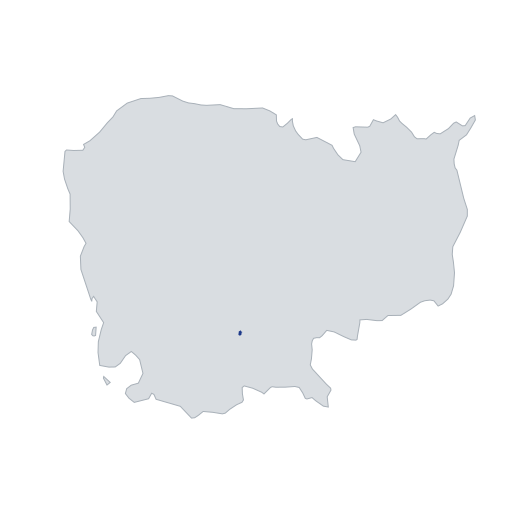 Tuol Kouk, Phnom Penh, Cambodia shown in context, rotated 8°
{"feature_id": "14789045B87565610199894", "entity_name": "Tuol Kouk", "entity_type": "district", "adm_level": 2, "iso_a3": "KHM", "parent_name": "Cambodia", "parent_adm1": "Phnom Penh", "projection": "mercator", "projection_center": [104.898, 11.57], "detail": "fine", "context": "in_parent", "style": "filled", "palette": "blue", "viewbox_px": 512, "rotation_deg": 8, "n_neighbors": 0, "source": "geoboundaries", "source_scale": "gbopen_adm2", "svg_char_len": 3256}
<svg xmlns="http://www.w3.org/2000/svg" viewBox="0 0 512 512"><g transform="rotate(8 256 256)"><path d="M453.0,86.5L454.3,90.8L451.0,99.1L447.6,106.7L441.1,113.2L440.8,118.1L438.5,132.5L439.4,137.1L440.9,141.0L443.0,143.1L448.6,157.2L453.7,170.0L458.8,180.5L459.7,187.1L455.0,204.0L449.6,219.4L450.1,227.1L452.4,234.8L454.9,245.0L455.8,258.1L454.5,266.7L452.0,272.0L447.4,277.4L443.3,280.2L438.4,275.6L434.6,275.4L429.4,276.8L425.3,278.9L416.9,286.9L407.7,294.6L394.9,296.6L389.9,302.4L384.6,303.2L374.4,303.4L367.8,304.8L368.1,307.7L367.6,321.3L367.7,324.5L366.7,325.4L362.1,325.8L354.4,323.7L343.9,320.3L336.4,319.8L332.6,325.7L330.3,328.1L327.5,328.4L324.5,329.5L323.5,332.1L323.3,335.4L324.7,341.1L325.2,350.1L324.9,356.3L327.6,360.1L343.6,373.2L348.3,376.5L348.9,378.4L346.1,385.5L348.6,395.5L343.6,395.3L335.2,391.0L331.2,388.4L326.3,390.5L324.6,390.1L321.4,385.2L317.1,380.2L312.7,379.8L303.3,381.8L293.8,383.2L290.2,383.2L288.7,384.1L283.1,391.5L280.8,390.2L271.2,387.4L262.4,386.3L260.6,388.2L261.7,394.3L263.6,400.3L262.5,402.8L257.6,405.9L251.3,411.5L247.4,415.9L244.7,417.0L235.0,416.8L225.3,417.3L221.4,421.5L217.8,424.7L214.7,425.5L202.0,415.4L177.0,411.8L174.2,407.3L171.8,406.4L169.5,412.3L155.8,417.9L150.0,414.5L145.8,410.4L146.4,405.4L150.4,401.3L157.2,398.3L160.4,388.0L155.2,374.8L150.6,370.9L145.8,367.9L140.7,372.8L136.5,381.2L132.0,385.5L125.7,386.5L116.5,386.1L113.0,373.6L111.8,362.8L113.0,350.5L114.4,343.2L105.6,333.1L105.1,323.5L100.8,318.6L99.5,321.1L99.7,323.8L98.4,321.8L84.5,293.7L82.1,280.6L84.5,270.5L85.9,267.1L81.9,261.8L76.2,255.8L66.2,247.9L65.5,235.4L63.3,220.6L60.3,215.6L55.7,206.5L53.2,199.0L52.3,179.0L53.6,177.4L60.7,176.9L69.8,175.4L71.3,172.2L69.7,169.5L75.5,165.0L83.9,155.1L90.3,144.7L95.0,138.2L97.8,131.7L107.2,122.5L120.1,116.1L128.9,114.6L138.1,112.4L146.9,109.4L151.0,109.1L161.9,112.8L167.8,113.8L174.0,113.7L180.4,114.1L186.0,113.7L199.4,111.1L213.5,113.2L226.2,111.5L241.9,108.5L249.5,110.4L256.5,113.4L257.5,119.5L259.1,122.3L261.5,124.5L264.6,124.5L268.6,120.2L271.9,115.8L273.0,115.0L273.2,117.2L274.8,121.9L277.8,126.6L280.8,129.7L285.9,133.8L289.1,134.0L299.8,130.1L315.9,135.8L317.8,138.6L323.0,144.4L328.6,148.5L341.1,148.8L345.6,138.6L343.4,132.4L336.3,121.6L334.3,115.3L336.6,114.2L348.7,112.9L350.6,111.7L353.3,104.7L356.6,105.5L363.3,106.4L370.4,101.6L374.6,96.6L376.9,98.9L379.4,102.4L382.1,104.4L387.2,107.5L392.8,111.7L396.3,115.9L399.1,117.5L406.3,116.4L408.2,116.5L412.4,111.5L415.3,108.7L417.8,109.5L421.4,109.4L428.9,103.0L433.2,97.0L435.6,95.4L442.3,98.4L445.0,97.8L448.9,89.6L453.0,86.5ZM108.2,357.0L106.9,357.7L105.6,357.7L104.2,356.6L104.4,352.0L105.3,349.3L107.6,348.7L108.2,357.0ZM129.2,401.5L126.4,404.5L121.9,398.2L122.0,396.5L129.2,401.5Z" fill="#d9dde1" stroke="#a8b0b8" stroke-width="1"/><path d="M251.8,335.5L251.8,335.3L251.7,335.0L251.7,334.8L251.7,334.7L251.5,334.4L251.5,334.2L251.6,333.9L251.6,333.7L251.8,333.5L251.2,333.3L251.0,332.9L250.9,333.0L250.7,333.1L250.5,333.3L250.3,333.4L250.2,333.5L250.3,334.5L250.3,334.9L250.3,335.0L250.4,335.3L250.2,335.5L250.2,335.9L250.3,336.0L250.5,336.2L250.8,336.2L250.9,336.3L251.0,336.3L251.1,336.2L251.4,336.0L251.4,335.9L251.6,335.8L251.7,335.7L251.8,335.5Z" fill="#3b82f6" stroke="#1e3a8a" stroke-width="1.5"/></g></svg>